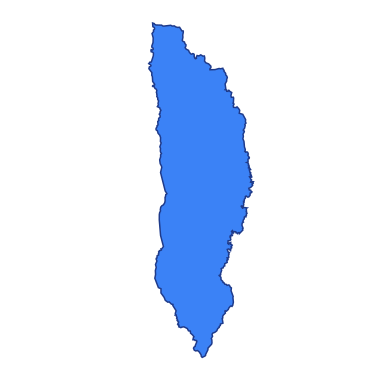 Barue, Manica, Mozambique (Natural Earth projection), rotated 187°
{"feature_id": "85939544B78941967379031", "entity_name": "Barue", "entity_type": "district", "adm_level": 2, "iso_a3": "MOZ", "parent_name": "Mozambique", "parent_adm1": "Manica", "projection": "natural_earth1", "projection_center": [33.195, -17.955], "detail": "fine", "context": "isolated", "style": "filled", "palette": "blue", "viewbox_px": 384, "rotation_deg": 187, "n_neighbors": 0, "source": "geoboundaries", "source_scale": "gbopen_adm2", "svg_char_len": 6076}
<svg xmlns="http://www.w3.org/2000/svg" viewBox="0 0 384 384"><g transform="rotate(187 192 192)"><path d="M213.7,93.0L211.0,92.2L210.5,88.0L206.8,84.0L205.3,81.2L202.6,79.7L201.2,80.1L198.8,78.2L197.2,78.1L197.2,77.0L193.3,72.2L193.8,69.4L193.5,68.4L193.7,67.8L192.6,67.9L192.5,66.9L191.6,65.7L191.9,64.8L191.1,63.9L191.1,62.8L190.6,62.9L190.2,61.8L189.4,61.3L190.1,59.1L189.3,58.9L189.6,58.4L188.5,57.5L188.7,56.6L186.5,56.0L185.7,56.6L183.6,57.2L180.0,55.9L178.6,53.8L176.7,53.7L176.3,51.8L173.9,50.1L172.4,48.5L172.8,48.0L173.1,45.5L171.4,45.6L170.9,45.0L169.4,45.1L169.0,44.4L169.2,43.0L170.1,39.9L170.0,39.1L171.0,38.4L171.5,37.2L170.5,35.3L169.0,34.7L167.2,35.3L165.4,34.2L163.2,31.6L162.7,29.9L161.7,29.1L159.2,30.7L158.6,31.5L158.7,32.4L157.0,37.2L157.1,39.0L154.0,43.3L153.8,44.7L154.3,47.7L155.0,48.9L154.0,51.3L154.7,52.8L154.6,53.7L154.1,54.5L152.2,55.5L150.5,57.2L149.8,59.6L148.5,60.9L148.6,61.8L147.6,63.0L147.7,64.4L145.3,65.6L146.6,70.2L146.1,70.7L146.4,72.3L145.9,73.6L144.1,75.9L144.7,77.3L144.6,78.1L143.3,77.9L141.6,79.9L141.4,81.1L140.1,83.2L139.3,83.7L138.4,83.3L137.8,84.3L137.5,87.7L138.5,92.1L138.4,93.3L141.2,98.8L141.2,101.6L142.6,102.5L143.5,104.0L144.3,104.2L145.8,103.6L146.5,104.4L148.2,104.5L149.3,105.9L150.2,106.0L150.5,107.0L152.5,108.5L152.9,110.9L154.9,112.4L154.7,112.8L153.7,112.9L153.4,113.4L153.7,114.4L153.0,118.0L153.7,119.4L152.6,120.3L151.9,120.4L151.4,122.3L150.5,122.6L150.8,124.8L148.5,126.4L149.1,128.5L148.3,128.8L148.0,129.6L148.7,130.0L149.1,131.0L147.9,131.1L147.5,131.7L148.0,133.4L147.7,134.6L148.1,134.9L147.5,136.5L148.8,136.8L150.0,139.3L148.5,140.0L146.6,138.6L146.5,141.0L145.9,141.3L145.9,142.0L146.5,142.5L145.6,144.1L146.7,145.0L147.7,144.6L147.9,145.7L147.6,146.4L149.3,145.8L149.5,144.8L150.2,145.3L150.2,148.1L148.4,148.3L147.7,149.4L148.2,151.0L148.1,152.3L148.8,152.1L148.8,153.0L147.9,153.9L146.8,153.6L146.6,153.9L147.3,154.7L147.0,156.4L148.0,157.7L147.1,158.7L145.7,156.6L145.5,157.6L145.0,157.9L143.7,157.9L143.4,156.9L142.6,157.0L141.9,156.2L140.8,157.4L139.9,157.5L139.8,156.6L136.9,160.4L137.4,161.8L136.9,162.3L138.4,165.1L138.4,167.2L137.3,168.4L137.9,168.9L137.6,170.6L136.9,171.7L137.0,173.5L136.0,174.2L135.5,173.9L135.4,174.2L135.9,174.6L135.1,175.6L135.4,177.0L134.8,177.6L135.8,179.0L135.5,179.4L135.9,180.8L136.0,182.5L135.5,182.9L138.5,183.0L139.9,182.1L141.4,183.9L140.9,184.3L139.7,183.9L139.4,184.2L139.1,185.8L139.6,187.4L139.1,187.9L139.7,189.0L139.1,189.2L139.1,191.3L138.3,192.4L138.5,194.0L137.8,194.6L136.2,193.7L135.1,194.0L134.0,195.8L134.1,198.1L132.9,198.6L132.5,199.4L133.5,200.0L134.0,201.0L135.3,200.9L136.1,202.6L134.3,203.7L132.7,205.8L132.6,206.3L133.4,207.1L132.8,208.0L132.4,208.1L132.6,209.1L132.3,209.7L133.3,209.7L133.9,208.8L135.1,208.9L134.4,211.3L135.3,211.8L135.7,212.9L136.9,214.2L135.7,215.2L135.3,214.8L135.6,214.1L134.6,214.0L134.6,214.5L135.6,216.4L136.3,216.5L136.0,218.2L136.3,218.5L136.8,218.3L137.8,220.9L136.6,221.4L137.2,222.1L137.8,222.1L137.8,222.7L138.9,222.8L138.9,223.7L138.3,223.9L138.7,225.4L139.4,225.6L139.3,226.7L140.2,227.8L141.2,228.0L140.0,228.7L140.4,231.1L139.9,232.4L139.4,232.3L139.3,233.2L141.2,235.4L140.7,236.5L141.5,238.1L142.3,238.5L143.5,238.0L144.4,238.7L144.0,239.0L144.4,239.7L144.3,240.8L145.4,243.0L146.6,248.6L148.0,251.0L147.8,253.5L148.4,255.6L147.4,258.2L147.6,258.9L148.5,259.2L148.6,259.9L147.6,261.7L147.3,264.5L147.8,265.5L146.8,267.0L147.5,268.1L147.6,270.4L151.1,275.3L154.7,275.9L154.6,278.9L155.9,280.5L157.7,282.0L158.3,281.2L161.1,281.1L161.6,282.5L161.0,284.4L162.1,285.2L161.8,285.5L162.1,290.3L162.5,291.1L164.5,290.8L165.1,292.4L164.7,295.6L166.6,296.4L167.6,297.4L168.1,297.4L168.5,296.3L169.8,296.2L170.1,297.5L171.6,297.6L171.0,298.5L172.3,303.3L171.1,306.3L171.3,307.8L170.9,309.9L171.5,311.2L172.8,312.4L173.1,313.9L174.9,315.7L175.0,316.7L176.0,317.6L176.5,318.6L178.7,317.8L180.2,317.9L184.0,316.3L189.1,315.5L189.3,316.3L188.4,317.7L188.6,319.2L191.1,321.2L193.9,321.9L195.5,323.4L195.6,326.5L196.3,328.5L197.8,328.2L200.0,329.2L201.8,327.9L203.6,328.1L204.2,326.3L203.9,325.2L204.8,324.7L205.4,325.0L206.4,326.8L206.5,328.5L207.0,329.2L208.0,329.5L209.1,328.8L210.2,329.0L211.9,330.7L212.7,332.2L215.1,333.0L216.4,334.4L215.8,336.2L215.9,337.4L217.1,338.4L217.8,340.0L219.3,340.4L220.1,341.2L219.9,344.5L220.3,346.6L220.1,349.8L220.4,350.8L221.7,350.7L224.4,354.0L226.5,353.6L228.6,354.0L229.6,354.7L232.0,354.3L233.4,354.9L240.3,353.2L241.5,353.3L242.4,353.9L247.9,353.4L249.2,353.7L250.1,354.6L251.7,354.9L251.0,351.3L249.5,350.7L249.1,350.0L249.1,348.9L250.0,348.0L249.7,346.6L251.0,344.4L249.3,340.2L248.9,335.6L249.7,331.9L249.3,330.5L248.1,330.0L247.9,328.9L248.5,328.1L249.9,328.3L250.0,327.4L249.6,326.2L248.2,326.1L247.2,325.2L247.0,322.5L248.1,316.7L248.6,315.8L249.6,315.8L250.6,314.1L248.7,313.3L248.1,312.5L248.4,311.7L249.6,311.0L249.8,309.1L246.4,305.6L246.2,303.0L245.4,301.7L244.5,296.9L242.2,294.4L242.2,293.7L243.8,292.9L244.1,292.3L243.7,291.9L242.4,292.0L241.3,290.2L240.2,289.8L239.3,288.6L239.5,286.4L239.0,285.8L239.0,284.9L238.5,284.0L238.6,282.5L237.5,281.3L237.3,279.7L236.3,278.4L236.5,275.7L236.0,274.4L236.8,272.5L234.3,271.6L233.6,270.1L232.8,269.4L233.5,267.4L233.2,266.4L234.0,265.3L233.1,264.3L232.7,262.6L233.8,261.4L234.1,260.4L233.7,258.9L234.6,257.9L233.9,254.5L234.8,253.5L234.6,252.7L235.4,250.8L235.4,249.9L235.0,249.1L233.9,248.7L232.8,246.1L230.9,244.4L229.8,242.1L229.5,238.3L228.6,236.9L229.4,232.9L228.6,231.6L228.4,228.7L227.8,227.3L227.0,226.6L227.7,225.1L227.4,223.0L228.0,220.0L227.0,216.2L225.4,213.9L225.0,212.6L225.6,207.5L218.7,189.7L216.7,187.4L216.9,186.8L217.7,186.3L217.8,183.8L218.1,183.5L217.6,179.9L217.8,178.0L218.8,175.8L220.2,174.7L221.2,173.1L221.3,170.4L220.9,169.4L221.6,167.6L221.7,165.7L221.1,160.4L217.9,145.0L213.7,134.4L215.2,131.7L215.8,131.7L215.4,130.6L217.2,129.8L217.1,129.2L217.8,128.6L217.4,127.5L217.8,127.0L217.5,125.4L218.8,124.6L218.8,122.1L219.4,121.8L219.4,121.0L218.4,119.2L219.4,115.5L218.3,112.8L218.8,109.6L218.1,105.6L218.4,101.9L213.7,93.0Z" fill="#3b82f6" stroke="#1e3a8a" stroke-width="1.5"/></g></svg>